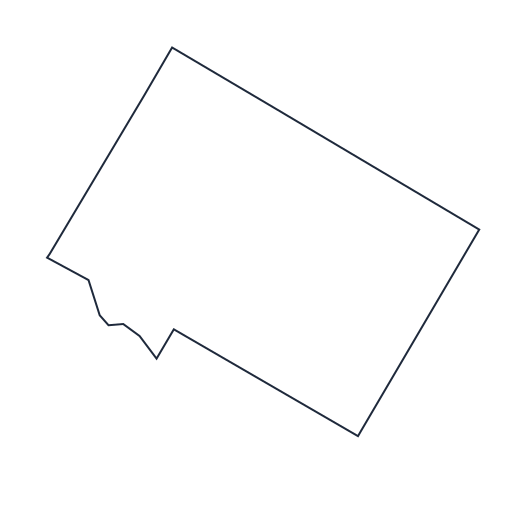 outline of Putnam, Indiana, United States of America, rotated 120°
{"feature_id": "52423323B73870752554763", "entity_name": "Putnam", "entity_type": "district", "adm_level": 2, "iso_a3": "USA", "parent_name": "United States of America", "parent_adm1": "Indiana", "projection": "robinson", "projection_center": [-86.774, 39.668], "detail": "fine", "context": "isolated", "style": "outline", "palette": "slate", "viewbox_px": 512, "rotation_deg": 120, "n_neighbors": 0, "source": "geoboundaries", "source_scale": "gbopen_adm2", "svg_char_len": 355}
<svg xmlns="http://www.w3.org/2000/svg" viewBox="0 0 512 512"><g transform="rotate(120 256 256)"><path d="M118.6,313.8L117.4,432.9L172.9,433.1L357.5,435.7L361.9,436.1L360.6,389.0L385.5,361.7L389.7,349.1L381.3,337.0L383.5,316.8L394.6,290.8L360.6,290.5L361.0,77.6L354.8,77.6L121.5,75.9L118.6,313.8Z" fill="none" stroke="#1e293b" stroke-width="2"/></g></svg>